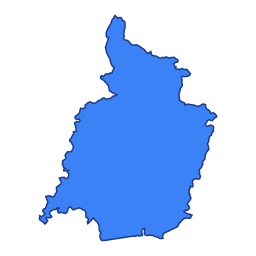 Santa Cecília, Santa Catarina, Brazil
{"feature_id": "56859067B99160038311244", "entity_name": "Santa Cecília", "entity_type": "district", "adm_level": 2, "iso_a3": "BRA", "parent_name": "Brazil", "parent_adm1": "Santa Catarina", "projection": "albers", "projection_center": [-50.467, -26.885], "detail": "fine", "context": "isolated", "style": "filled", "palette": "blue", "viewbox_px": 256, "rotation_deg": 0, "n_neighbors": 0, "source": "geoboundaries", "source_scale": "gbopen_adm2", "svg_char_len": 5518}
<svg xmlns="http://www.w3.org/2000/svg" viewBox="0 0 256 256"><path d="M101.0,239.9L102.4,240.6L104.4,240.5L130.3,236.5L134.2,236.1L135.6,236.3L137.4,235.2L138.9,236.1L140.9,235.5L142.4,235.6L142.1,233.7L141.4,231.8L142.0,230.1L143.3,228.8L144.7,228.6L144.5,230.3L144.3,232.3L144.5,234.5L146.3,235.3L147.7,235.5L149.2,235.1L150.9,235.3L152.6,235.5L153.8,235.8L154.9,236.5L156.4,236.8L158.0,237.3L159.3,238.3L161.2,238.6L162.9,238.4L162.7,236.8L162.9,235.3L163.5,233.5L176.5,227.2L178.1,225.9L178.7,224.3L179.6,222.9L181.0,221.5L182.0,220.2L183.6,219.0L185.8,217.9L188.3,218.3L190.2,218.2L191.2,216.4L192.0,215.1L190.2,214.3L187.9,213.9L186.4,213.3L185.3,212.6L183.9,211.4L185.9,210.3L187.5,210.3L189.1,208.7L189.4,206.9L188.3,205.7L187.4,204.5L187.9,202.5L189.4,201.0L190.7,199.0L190.8,197.2L189.8,196.4L190.1,194.5L188.9,193.5L189.4,191.9L188.9,190.0L190.0,188.5L190.1,186.4L192.7,186.9L192.9,184.2L192.3,182.0L193.1,179.7L195.0,179.0L196.7,178.7L198.8,179.2L200.0,178.1L200.5,176.3L199.6,174.6L199.6,172.8L199.5,171.4L199.1,169.8L200.5,168.5L201.5,167.3L201.9,166.0L202.7,164.9L202.7,163.2L202.5,161.4L204.8,159.4L205.0,157.3L205.3,154.8L206.5,152.3L207.7,150.7L208.8,149.6L208.5,147.5L208.2,145.6L207.4,143.7L208.6,141.7L208.8,139.8L209.2,138.0L209.5,136.5L211.4,135.1L212.0,132.8L213.5,131.1L213.2,129.1L213.7,127.3L212.9,125.9L210.8,125.1L209.3,125.4L208.1,126.3L206.6,126.1L205.2,124.4L206.3,122.6L207.4,121.0L208.2,120.0L209.5,119.8L211.1,120.5L212.5,120.5L213.6,119.1L215.2,117.6L216.7,116.9L216.1,115.2L214.5,113.5L213.1,112.7L211.8,113.3L210.3,113.2L210.1,111.7L208.8,110.1L207.3,109.5L206.3,108.4L205.5,106.5L205.6,104.8L204.4,104.2L202.9,104.0L201.6,104.7L200.0,105.8L198.3,106.1L196.8,106.4L194.4,105.2L190.8,104.6L188.9,104.3L187.5,104.1L186.3,104.8L184.8,105.1L184.9,103.2L182.1,101.8L180.7,101.2L179.4,99.9L179.5,98.1L179.0,96.4L179.1,94.1L179.5,92.0L180.2,90.4L180.1,88.8L181.4,87.2L182.3,85.4L182.3,83.8L181.5,81.9L182.1,80.5L181.7,78.7L181.5,76.9L182.9,76.3L184.6,76.8L185.9,76.4L188.0,76.2L189.7,75.2L190.5,73.8L189.2,72.4L188.2,70.9L186.8,69.5L183.9,69.4L181.9,68.4L179.7,69.6L178.1,69.0L176.5,69.2L175.4,68.6L176.1,66.9L174.3,65.9L173.9,63.7L175.9,62.3L177.5,62.1L178.1,60.5L177.3,59.4L175.9,58.9L174.4,57.5L173.0,57.3L171.7,57.5L168.8,58.0L167.3,57.2L165.5,57.0L164.1,57.9L162.8,57.3L161.0,58.2L159.4,57.9L156.7,56.3L154.5,55.9L152.8,55.6L151.4,54.3L150.9,51.6L149.5,52.3L148.9,53.5L147.3,52.9L145.9,51.8L145.1,50.7L143.7,49.1L141.9,48.1L140.6,47.0L139.1,46.1L137.7,45.3L136.1,44.7L134.6,45.2L133.0,45.1L131.6,44.6L130.5,43.5L129.4,42.2L128.1,40.9L126.8,40.2L125.5,40.1L124.0,39.5L123.7,37.9L124.3,36.4L123.8,34.9L123.9,32.9L124.2,31.1L124.4,29.6L125.0,28.1L125.0,26.7L125.0,25.2L125.1,23.4L124.4,21.2L122.4,20.5L121.9,18.9L120.7,17.5L118.8,17.7L117.3,18.1L116.2,16.6L115.0,15.4L114.2,16.6L113.5,18.2L112.2,19.5L111.8,20.8L111.2,22.4L110.7,24.0L109.6,25.5L108.8,27.2L107.8,28.7L107.2,30.2L106.4,32.0L106.2,33.7L106.2,35.7L106.9,37.4L108.6,37.8L105.4,47.5L105.9,49.0L106.2,50.8L106.7,52.9L107.5,54.2L107.9,55.6L108.8,56.9L109.6,58.5L110.2,60.2L110.7,62.6L111.6,64.9L112.7,66.6L114.3,67.3L111.8,73.2L110.0,72.9L108.8,74.1L107.4,73.9L105.6,74.1L104.3,75.6L103.0,76.6L101.7,75.6L100.7,76.7L100.6,78.3L102.0,79.4L104.0,80.6L105.1,81.9L106.1,82.9L107.1,84.2L108.4,85.9L108.9,87.9L109.3,89.5L109.5,90.9L110.7,91.6L111.9,92.4L113.8,93.3L115.5,94.2L116.8,94.9L115.4,95.7L112.9,96.2L111.8,97.3L110.7,98.4L109.3,98.5L108.1,98.8L106.9,99.5L105.4,98.5L103.6,97.9L102.2,98.5L100.4,100.0L98.1,100.7L96.8,102.1L95.4,103.1L93.7,103.3L91.9,102.7L89.9,101.8L87.8,102.9L86.3,104.2L85.1,105.2L85.3,107.1L84.1,108.2L82.4,108.7L80.6,108.2L80.2,109.6L79.9,111.1L79.5,112.7L78.1,114.2L76.3,115.5L75.0,116.7L75.2,118.3L76.6,119.6L78.0,119.2L79.3,119.1L80.1,120.7L78.8,122.0L76.6,121.7L74.8,122.5L74.8,124.0L75.4,125.6L75.7,127.2L76.2,129.1L76.2,131.1L74.4,131.5L73.2,132.1L73.7,133.6L72.4,135.6L71.5,137.5L70.8,138.7L69.7,139.6L69.9,141.4L71.4,142.3L72.1,144.0L73.2,145.6L73.2,148.0L72.4,149.5L71.7,151.2L70.3,152.0L68.0,151.6L66.8,152.7L65.7,153.8L65.1,155.7L66.0,157.1L65.7,158.7L64.1,159.9L62.4,161.1L63.0,163.0L62.2,164.0L62.9,165.9L63.9,167.7L65.3,168.4L63.7,169.5L63.8,170.9L65.1,170.8L66.7,170.5L68.2,170.4L67.2,172.0L68.2,173.0L68.8,174.2L68.6,176.0L67.7,177.6L66.9,178.7L65.4,178.4L64.2,177.2L63.0,177.5L61.6,177.4L59.3,178.0L59.8,179.6L61.0,181.0L61.2,182.8L60.8,184.2L59.7,184.9L58.4,185.8L57.1,186.6L56.3,188.0L56.7,190.2L56.6,192.3L55.2,194.1L54.5,195.7L53.7,196.6L52.2,197.2L50.7,196.0L48.9,195.9L47.2,196.1L45.7,196.5L46.5,198.5L47.2,200.4L48.0,202.3L46.8,204.3L46.1,207.1L45.1,208.9L43.7,208.9L42.7,210.5L43.5,212.3L45.0,213.8L43.9,214.8L42.6,216.1L41.3,216.6L39.7,215.7L39.8,217.2L39.3,218.6L40.1,220.1L41.2,220.7L42.6,221.6L43.9,223.0L44.9,224.0L46.3,222.8L47.7,220.5L46.5,219.2L45.8,218.0L47.6,217.4L49.0,217.9L50.4,217.7L51.8,216.8L50.5,215.0L49.4,213.2L49.9,212.0L51.4,210.7L53.0,209.8L54.2,209.5L56.0,209.5L57.4,207.8L59.0,208.0L57.7,210.2L57.7,211.8L58.7,213.0L61.1,212.4L63.3,212.9L65.3,213.5L66.4,212.7L67.6,211.1L67.9,209.1L68.7,207.7L70.2,207.0L71.4,207.9L72.2,209.1L73.3,209.9L75.2,209.1L77.0,208.5L79.0,207.9L80.9,208.5L82.0,209.2L83.1,210.0L84.4,209.9L85.3,211.1L85.7,212.6L86.1,214.3L85.8,215.9L86.2,217.4L87.6,218.1L88.5,219.4L88.0,221.0L87.3,222.1L87.9,223.7L92.5,219.1L93.5,217.9L94.7,219.6L95.8,220.9L97.1,221.8L98.3,223.9L99.1,226.0L99.2,227.6L99.2,229.0L99.5,231.1L100.8,232.6L100.1,234.6L99.9,236.9L100.4,238.5L101.0,239.9Z" fill="#3b82f6" stroke="#1e3a8a" stroke-width="1.5"/></svg>